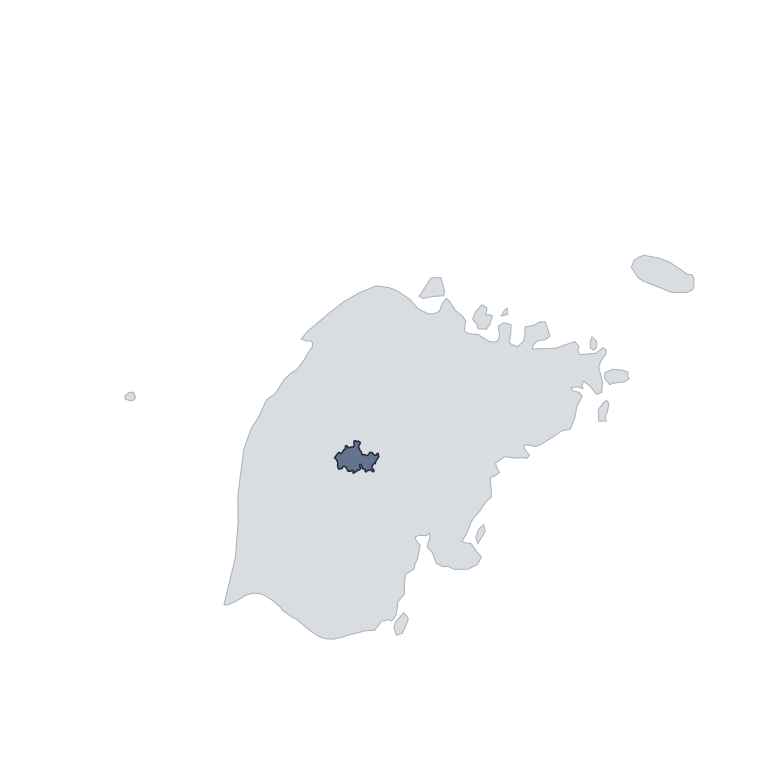 location of Mungyeong-si, North Gyeongsang, South Korea, rotated 217°
{"feature_id": "91817680B43065782555772", "entity_name": "Mungyeong-si", "entity_type": "district", "adm_level": 2, "iso_a3": "KOR", "parent_name": "South Korea", "parent_adm1": "North Gyeongsang", "projection": "orthographic", "projection_center": [128.138, 36.686], "detail": "fine", "context": "in_parent", "style": "filled", "palette": "slate", "viewbox_px": 768, "rotation_deg": 217, "n_neighbors": 0, "source": "geoboundaries", "source_scale": "gbopen_adm2", "svg_char_len": 5055}
<svg xmlns="http://www.w3.org/2000/svg" viewBox="0 0 768 768"><g transform="rotate(217 384 384)"><path d="M240.5,195.4L243.0,193.6L243.2,190.8L243.3,181.8L250.4,175.7L260.5,163.0L265.4,156.1L271.0,149.6L277.4,145.3L283.7,143.3L293.6,142.5L312.5,143.5L316.2,142.7L329.3,142.1L332.4,143.3L341.9,144.1L352.5,143.3L357.8,141.4L362.8,138.1L367.1,132.3L371.5,121.6L376.2,113.1L379.0,111.5L398.5,156.5L417.2,185.5L433.3,206.5L456.4,246.9L463.4,268.6L464.2,282.0L468.3,300.5L465.1,311.1L466.3,327.8L465.0,336.5L462.3,342.8L462.3,355.0L463.3,361.5L463.5,370.1L465.4,373.4L468.0,374.6L472.2,371.4L477.3,370.1L476.6,380.4L470.7,406.8L465.5,426.0L458.3,442.7L449.0,458.0L437.8,464.1L429.8,466.3L414.6,467.2L402.0,464.7L391.1,466.6L386.8,469.8L383.5,475.2L385.9,483.7L385.7,489.9L381.0,489.4L371.8,485.8L361.5,485.3L356.8,483.5L351.9,474.6L347.0,475.0L338.5,480.2L325.4,481.3L320.8,484.2L319.1,487.9L321.0,492.5L327.6,498.7L325.3,504.9L318.4,508.0L312.9,500.3L309.5,492.8L305.6,492.4L299.6,494.4L298.3,502.5L301.1,508.0L305.7,514.4L299.2,521.7L297.4,526.9L292.7,530.7L280.2,522.2L282.1,516.3L287.6,510.6L288.3,504.7L286.5,501.2L268.5,515.9L257.2,532.7L251.3,531.4L248.9,527.0L245.4,525.2L233.3,536.0L231.0,544.6L226.6,544.8L224.7,541.1L224.7,533.3L222.7,526.7L210.5,516.8L205.0,508.3L208.1,503.6L218.4,506.4L226.6,506.2L225.0,502.1L222.4,500.2L227.9,498.1L232.5,493.5L228.8,492.2L223.0,494.8L218.2,493.4L216.5,482.3L210.9,470.9L208.1,459.8L213.9,453.6L217.0,443.9L222.6,429.7L225.3,425.2L232.7,421.9L235.4,418.3L231.4,416.3L225.0,414.6L225.2,410.5L229.6,408.3L234.6,403.8L244.1,398.5L247.2,388.1L244.5,385.5L238.6,382.9L240.0,377.7L242.5,373.7L241.7,371.3L234.8,364.4L230.3,358.2L231.8,351.2L230.9,340.5L231.7,331.6L231.5,326.8L228.3,315.9L226.9,304.9L222.5,306.4L218.9,309.1L206.1,305.0L202.1,304.7L200.7,296.5L205.4,286.7L216.4,278.1L222.7,277.1L227.4,273.3L234.7,272.2L243.4,278.3L251.3,279.6L255.5,290.0L258.2,292.2L258.8,288.4L265.2,284.1L266.8,280.7L265.4,278.9L258.1,277.0L251.7,264.1L250.9,258.5L248.6,254.9L252.3,244.7L244.9,232.9L241.3,229.2L241.9,218.7L238.1,212.0L236.0,208.3L234.8,201.9L236.0,199.1L239.4,198.1L240.5,195.4ZM207.6,654.3L203.8,656.5L200.3,655.1L199.3,654.0L195.2,648.2L194.2,645.2L197.1,639.6L208.9,630.5L239.1,622.1L244.5,621.8L256.4,625.8L258.8,633.0L256.6,639.1L253.8,643.3L239.9,650.1L229.1,653.2L207.6,654.3ZM410.3,497.0L402.5,503.3L391.9,495.0L389.4,490.4L397.4,483.6L404.1,475.8L408.6,475.3L410.3,497.0ZM354.4,496.4L353.4,506.3L347.6,506.8L344.1,500.4L340.4,503.5L338.4,503.5L335.5,495.6L335.1,489.5L341.9,484.8L346.1,487.6L352.1,489.1L354.4,496.4ZM201.9,538.7L196.5,540.2L193.6,536.6L191.5,535.7L192.8,531.1L201.6,522.4L203.4,519.3L211.4,521.3L214.3,526.1L210.4,533.2L201.9,538.7ZM231.4,199.8L230.8,213.1L226.4,212.5L223.4,211.1L222.2,208.5L219.4,196.0L222.9,191.0L229.3,195.2L231.4,199.8ZM197.4,502.3L196.3,504.7L192.7,503.9L189.2,496.9L187.7,491.3L184.1,488.2L190.1,483.6L197.4,492.3L197.4,502.3ZM220.9,325.1L219.7,331.6L214.4,327.2L213.1,312.9L218.5,317.1L220.9,325.1ZM582.6,223.7L579.0,226.8L574.6,224.0L574.0,220.8L576.2,218.0L581.4,216.2L583.9,218.5L582.6,223.7ZM245.0,542.1L246.4,546.9L239.7,545.9L236.2,541.3L236.7,537.3L240.7,536.8L245.0,542.1ZM332.2,515.6L331.3,518.7L327.1,514.0L331.3,508.8L332.2,515.6Z" fill="#d9dde1" stroke="#a8b0b8" stroke-width="1"/><path d="M354.9,294.3L354.1,295.8L354.0,296.8L353.2,297.7L353.5,299.0L353.2,299.5L352.4,300.0L351.8,300.6L351.8,301.8L352.2,302.7L353.3,303.4L354.2,303.9L354.9,304.8L354.5,305.5L353.2,305.7L352.0,304.8L350.8,303.7L349.6,303.4L349.4,303.9L348.4,304.6L347.3,304.2L346.8,303.1L345.7,302.8L345.2,303.4L345.2,304.9L344.2,305.8L343.4,307.0L342.6,307.4L341.4,307.2L340.3,307.2L339.5,307.7L339.8,308.8L341.0,309.4L342.5,309.8L343.1,310.0L344.0,310.7L344.2,312.4L344.2,313.6L343.9,314.9L343.1,315.2L343.8,316.8L344.2,318.3L344.2,319.2L344.2,320.4L344.2,321.2L344.5,322.9L345.6,323.7L346.4,324.8L347.3,324.9L347.6,323.7L347.4,322.5L348.1,321.6L349.3,321.5L351.0,321.8L352.7,322.0L354.1,320.9L353.9,318.6L354.2,317.1L355.2,316.1L356.4,316.1L357.7,315.5L358.5,314.5L359.5,314.7L360.2,315.3L360.9,315.8L362.1,316.4L363.6,316.7L364.6,317.1L364.8,317.8L365.9,318.1L366.7,318.6L367.0,319.7L367.2,321.4L367.4,322.7L368.3,323.1L369.7,323.0L370.3,322.9L370.6,321.6L371.4,321.7L372.0,321.7L373.1,321.4L373.5,320.3L373.0,319.3L372.2,318.5L371.1,317.6L370.7,316.7L370.6,315.5L371.5,314.8L372.5,313.6L373.3,312.6L373.9,311.7L374.7,311.6L375.5,312.2L377.1,312.2L377.5,311.2L376.8,310.2L376.0,309.7L375.6,308.7L376.3,308.1L376.4,307.4L376.4,305.9L376.2,304.8L376.2,303.6L376.3,302.5L377.4,302.5L378.4,302.5L379.1,301.4L379.1,300.6L379.1,300.1L379.1,299.4L379.1,295.3L378.9,295.3L377.1,295.1L375.0,294.3L374.2,293.8L373.0,292.6L372.4,291.7L371.9,290.7L371.1,290.0L368.7,288.8L368.5,289.2L368.2,289.9L367.6,290.4L366.7,291.0L366.8,292.2L367.0,293.2L366.7,294.0L365.5,294.6L364.5,294.8L363.5,294.0L362.7,294.1L361.8,293.6L360.7,292.7L359.2,293.3L359.5,293.7L358.0,294.3L357.6,295.3L356.8,296.3L355.8,296.0L355.6,295.0L354.9,294.3Z" fill="#64748b" stroke="#1e293b" stroke-width="1.5"/></g></svg>